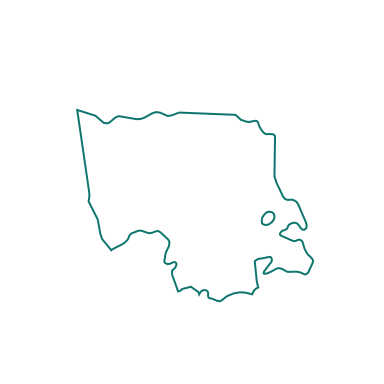 map outline of Pesaro e Urbino (Natural Earth projection), rotated 223°
{"feature_id": "ITA-5428", "entity_name": "Pesaro e Urbino", "entity_type": "Province", "adm_level": 1, "iso_a3": "ITA", "parent_name": "Italy", "parent_adm1": "", "projection": "natural_earth1", "projection_center": [12.507, 43.701], "detail": "fine", "context": "isolated", "style": "outline", "palette": "teal", "viewbox_px": 384, "rotation_deg": 223, "n_neighbors": 0, "source": "natural_earth", "source_scale": "10m", "svg_char_len": 2918}
<svg xmlns="http://www.w3.org/2000/svg" viewBox="0 0 384 384"><g transform="rotate(223 192 192)"><path d="M133.1,112.0L133.5,111.0L134.2,110.3L134.5,109.8L138.3,111.9L149.9,117.8L151.3,119.1L152.9,120.8L152.9,122.2L152.7,123.9L152.8,125.7L153.8,128.2L155.0,129.2L156.1,129.3L157.1,128.6L157.9,127.6L158.4,126.5L158.9,125.2L159.7,123.8L160.7,122.6L163.0,121.7L164.3,122.0L165.3,122.7L166.5,124.8L168.7,127.9L169.9,130.1L171.5,135.3L172.2,137.1L173.9,139.5L175.4,140.6L177.1,141.0L187.2,141.0L189.1,140.7L190.5,140.1L191.2,139.1L191.9,138.1L193.0,135.7L193.6,134.6L194.4,133.6L195.3,132.7L196.3,132.0L202.2,129.4L203.3,128.7L204.2,127.8L204.9,126.8L207.7,121.1L208.1,119.8L208.2,118.5L208.0,117.2L207.0,114.9L206.7,113.6L206.5,112.2L206.6,110.8L206.7,109.2L207.3,106.4L210.3,98.3L211.4,94.7L211.4,94.3L212.1,94.5L225.7,96.3L231.1,99.3L242.2,107.6L261.2,114.6L264.0,118.7L266.4,121.2L331.9,173.7L314.7,181.9L303.6,182.4L300.7,184.5L299.7,186.6L298.9,193.8L298.1,196.3L296.9,197.8L282.3,207.4L279.3,210.5L277.4,214.1L274.8,222.3L272.8,225.9L269.4,228.3L261.6,231.0L259.2,234.1L255.5,241.4L212.8,278.1L205.4,278.2L199.9,280.7L198.6,281.7L197.7,282.5L195.2,286.1L193.7,287.8L192.3,288.1L191.0,287.8L187.6,285.9L183.9,284.8L180.5,284.3L178.8,284.4L177.7,284.6L176.9,285.2L174.3,287.8L171.8,289.6L170.3,289.7L169.1,289.2L142.3,259.6L136.0,256.2L122.9,251.0L119.9,250.3L118.4,250.6L117.3,251.1L116.2,251.8L114.6,253.7L113.4,254.7L111.8,255.5L108.7,256.1L105.7,255.3L88.0,247.5L85.9,246.2L85.0,245.4L84.3,244.4L83.8,243.3L83.8,242.0L84.3,240.9L85.1,240.1L86.3,239.7L87.7,239.8L92.2,240.7L93.7,240.6L94.9,240.2L96.0,239.5L96.8,238.6L97.5,237.6L98.1,236.4L98.5,235.2L98.7,233.9L98.5,232.7L97.6,230.5L97.6,229.3L98.0,228.1L99.1,225.8L99.6,224.4L99.6,222.9L99.1,221.2L98.0,220.7L96.8,220.9L85.5,224.8L84.4,225.4L83.3,226.2L82.7,227.2L81.6,229.7L80.5,230.7L78.4,231.2L76.6,230.6L71.1,227.3L66.8,225.8L64.3,225.3L60.6,225.3L57.6,224.9L56.4,224.2L55.3,222.1L52.1,212.3L52.3,210.7L52.8,209.0L53.9,208.4L57.8,207.1L59.6,206.1L61.6,204.7L66.6,199.7L68.2,198.5L73.3,197.3L76.1,195.9L77.4,194.6L78.1,193.1L79.6,188.2L81.6,183.6L83.0,181.8L84.2,181.4L84.8,182.3L85.2,183.5L86.3,195.0L86.9,196.3L87.8,197.3L89.4,198.1L90.5,197.8L92.1,196.1L93.9,193.4L97.9,188.2L98.7,185.7L98.8,184.1L84.0,171.1L79.9,168.2L78.4,167.4L79.3,164.9L79.5,162.7L79.1,160.5L78.2,158.2L83.9,155.1L88.6,151.3L92.4,146.2L95.5,139.3L96.3,133.3L97.1,131.1L99.5,129.5L104.4,127.8L106.4,126.5L107.4,126.1L108.5,126.3L109.5,127.1L111.2,129.1L112.3,129.7L113.5,129.9L114.7,129.7L115.7,129.1L116.6,128.2L117.3,126.7L117.5,125.2L117.3,123.6L116.9,122.0L119.3,123.2L122.6,122.7L128.1,122.0L129.2,120.3L133.1,114.2L132.9,113.1L133.1,112.0ZM116.9,231.8L119.6,231.8L122.2,230.2L123.6,227.8L123.7,224.2L123.1,221.1L121.4,218.5L119.3,216.8L117.7,217.0L115.5,218.1L113.8,220.6L113.0,224.5L113.4,227.8L114.8,230.2L116.9,231.8Z" fill="none" stroke="#0f766e" stroke-width="2"/></g></svg>